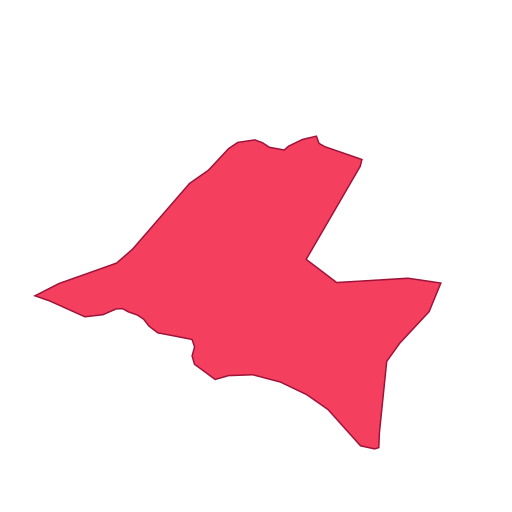 SVG path tracing the border of Ulcinj, rotated 113°
{"feature_id": "MNE-1497", "entity_name": "Ulcinj", "entity_type": "Municipality", "adm_level": 1, "iso_a3": "MNE", "parent_name": "Montenegro", "parent_adm1": "", "projection": "equal_earth", "projection_center": [19.282, 41.979], "detail": "fine", "context": "isolated", "style": "filled", "palette": "rose", "viewbox_px": 512, "rotation_deg": 113, "n_neighbors": 0, "source": "natural_earth", "source_scale": "10m", "svg_char_len": 798}
<svg xmlns="http://www.w3.org/2000/svg" viewBox="0 0 512 512"><g transform="rotate(113 256 256)"><path d="M384.4,68.1L387.2,71.4L389.9,85.6L369.2,129.7L363.8,155.1L362.5,184.4L366.6,212.6L377.0,234.9L377.3,235.1L385.6,245.4L379.7,270.3L372.9,275.8L363.7,277.0L357.8,282.3L365.1,316.4L362.4,327.0L358.1,334.7L356.7,342.0L357.3,352.0L356.6,358.1L359.3,364.0L369.8,373.9L378.8,389.7L378.0,428.4L379.0,443.9L358.4,426.7L316.9,381.5L297.7,372.2L215.1,345.5L195.6,333.3L167.9,323.2L158.6,317.2L149.6,302.5L149.2,294.3L150.7,286.2L147.4,271.4L142.1,268.9L130.4,258.6L122.1,247.2L127.7,242.0L128.5,235.7L125.8,196.2L126.0,196.2L132.7,195.1L239.5,208.5L248.9,171.4L217.1,107.5L208.7,75.3L239.6,74.9L280.0,89.6L301.9,94.5L370.6,73.3L384.4,68.1Z" fill="#f43f5e" stroke="#9f1239" stroke-width="1.5"/></g></svg>